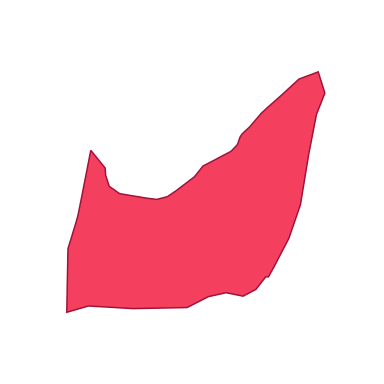 Babanusa, South Kordufan, Sudan, rotated 14°
{"feature_id": "16777658B12271079488091", "entity_name": "Babanusa", "entity_type": "district", "adm_level": 2, "iso_a3": "SDN", "parent_name": "Sudan", "parent_adm1": "South Kordufan", "projection": "equal_earth", "projection_center": [27.395, 11.378], "detail": "fine", "context": "isolated", "style": "filled", "palette": "rose", "viewbox_px": 384, "rotation_deg": 14, "n_neighbors": 0, "source": "geoboundaries", "source_scale": "gbopen_adm2", "svg_char_len": 1535}
<svg xmlns="http://www.w3.org/2000/svg" viewBox="0 0 384 384"><g transform="rotate(14 192 192)"><path d="M289.6,245.1L297.2,213.5L300.3,178.1L296.1,126.8L294.0,86.5L297.0,63.9L292.4,56.3L285.4,44.9L268.5,56.5L253.5,79.2L244.7,91.9L243.1,94.4L240.1,99.0L232.4,114.5L226.4,123.8L225.3,127.3L224.6,135.0L220.0,143.1L201.5,159.6L196.4,164.1L190.7,176.6L176.1,194.8L169.2,202.5L159.6,207.7L149.8,208.9L135.0,210.1L122.2,211.1L110.3,206.5L104.1,196.5L101.9,189.7L83.9,176.2L83.7,176.1L83.7,175.9L83.7,176.1L83.8,178.1L83.9,179.3L83.9,180.4L84.0,180.6L84.0,181.9L84.1,183.7L84.3,187.5L84.4,188.5L84.4,190.0L84.5,191.5L84.6,193.3L84.6,193.5L84.7,194.6L84.7,195.2L84.8,197.0L85.0,201.1L85.1,202.2L85.2,205.3L85.3,206.4L85.3,207.0L85.8,217.0L85.9,218.6L86.3,227.1L86.5,231.6L86.6,233.4L87.0,242.2L86.8,249.1L86.8,249.3L86.7,252.7L86.4,257.4L86.2,261.5L86.2,261.8L86.0,265.5L86.0,266.1L85.7,270.5L85.6,272.6L85.4,275.7L85.4,276.8L85.4,277.1L85.5,277.6L85.9,279.3L86.5,282.1L86.8,283.5L87.3,285.7L87.7,287.1L87.9,288.3L88.9,292.3L89.2,293.7L89.5,295.2L90.0,297.2L90.1,297.7L91.7,304.7L91.9,305.7L92.0,306.1L92.5,308.2L93.1,310.8L93.2,311.1L93.2,311.3L93.6,312.8L94.1,315.4L95.0,318.9L95.9,322.9L96.0,323.5L96.4,325.3L97.0,327.9L97.7,330.8L99.0,336.5L99.2,337.3L99.3,337.9L99.4,338.1L99.4,338.4L99.5,338.7L99.5,338.8L99.6,339.0L119.2,327.6L124.1,326.7L163.0,319.4L215.2,305.3L233.2,289.6L249.4,281.5L266.8,280.7L277.6,271.0L282.1,260.9L284.1,256.5L286.7,255.8L288.0,250.9L289.6,245.1Z" fill="#f43f5e" stroke="#9f1239" stroke-width="1.5"/></g></svg>